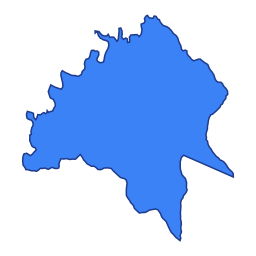 Vicentinópolis, Goiás, Brazil
{"feature_id": "56859067B52172624703615", "entity_name": "Vicentinópolis", "entity_type": "district", "adm_level": 2, "iso_a3": "BRA", "parent_name": "Brazil", "parent_adm1": "Goiás", "projection": "equal_earth", "projection_center": [-49.894, -17.738], "detail": "fine", "context": "isolated", "style": "filled", "palette": "blue", "viewbox_px": 256, "rotation_deg": 0, "n_neighbors": 0, "source": "geoboundaries", "source_scale": "gbopen_adm2", "svg_char_len": 3900}
<svg xmlns="http://www.w3.org/2000/svg" viewBox="0 0 256 256"><path d="M108.2,34.3L106.8,35.9L104.6,36.0L102.3,35.3L100.4,33.4L98.9,31.5L97.3,31.3L98.3,35.4L100.4,38.2L101.9,38.9L103.3,39.8L106.5,40.7L108.3,41.9L108.7,44.0L108.7,46.1L107.8,48.9L106.4,51.4L105.4,53.6L104.7,56.1L104.2,58.9L103.6,61.9L101.8,62.5L100.3,62.8L97.7,61.4L96.7,59.5L97.6,57.4L98.8,55.1L98.7,52.2L97.2,51.0L95.2,51.2L93.7,50.2L91.4,50.5L90.4,53.5L89.9,56.1L88.6,58.7L86.2,59.1L84.9,61.3L84.4,64.1L85.0,66.1L84.8,68.9L82.3,71.4L81.3,74.5L78.3,76.4L75.1,75.5L72.7,75.5L70.8,75.0L68.0,73.6L65.9,72.8L62.3,70.7L61.1,72.7L60.9,75.4L61.6,78.5L62.3,81.4L62.9,84.2L62.8,86.9L61.4,89.2L58.6,88.4L55.4,87.3L53.7,86.5L50.8,84.9L49.7,87.7L48.3,91.5L49.2,94.7L50.3,97.9L53.3,99.4L54.9,102.6L55.4,105.7L53.7,108.5L52.6,111.1L51.0,111.4L48.6,112.3L47.2,110.6L46.9,112.8L45.5,113.6L43.9,112.6L42.4,113.3L40.5,114.8L37.8,114.6L36.9,117.7L35.8,119.7L33.8,117.5L33.4,113.3L31.4,112.5L27.4,111.4L26.5,114.1L26.6,116.4L27.1,118.3L29.0,119.5L31.0,120.0L32.7,121.7L33.2,125.0L31.8,127.8L31.0,131.2L31.2,134.4L29.7,135.1L29.9,137.4L29.7,140.4L30.9,143.6L31.9,146.0L33.6,147.4L35.3,147.7L36.2,149.9L34.2,152.0L32.2,154.3L30.3,155.7L28.8,154.6L26.7,153.3L24.1,153.8L23.2,155.7L22.7,159.0L22.7,161.7L23.2,165.3L25.1,167.7L25.8,169.6L28.0,169.7L29.8,170.3L31.3,170.8L33.9,170.7L36.5,171.3L38.4,170.2L40.4,168.3L42.4,168.5L44.8,168.0L46.5,168.7L48.3,169.3L50.7,168.0L52.3,167.4L54.5,168.4L57.1,168.5L58.7,168.0L59.2,166.1L59.0,164.1L59.6,161.7L61.0,158.8L63.8,159.0L66.4,158.6L70.2,159.5L72.1,159.1L75.5,159.2L80.2,154.5L82.0,156.8L83.8,160.1L85.1,161.3L87.1,163.8L89.3,165.0L91.5,166.3L94.0,166.2L96.1,167.6L97.9,169.5L101.2,169.6L104.2,168.0L107.4,167.9L109.4,168.1L111.3,168.5L113.4,171.0L120.4,177.5L124.3,178.6L126.1,179.8L127.1,183.1L126.4,188.3L126.3,191.6L126.4,195.5L127.9,198.2L129.5,200.3L130.6,202.5L133.3,205.3L134.5,208.5L136.9,210.8L139.3,213.0L142.6,212.5L144.5,212.5L146.5,211.9L149.3,210.1L155.4,209.0L157.9,209.8L160.4,213.4L161.6,216.6L162.9,218.5L164.2,219.6L166.2,221.6L168.5,226.9L169.8,229.7L171.4,232.5L173.2,234.2L175.6,237.1L180.0,240.6L180.8,238.3L180.1,235.4L181.5,231.9L180.9,229.2L180.8,226.9L181.3,224.6L181.2,221.8L180.5,219.0L180.6,215.8L180.4,213.3L180.9,206.1L180.6,203.2L181.4,199.7L182.9,198.1L183.2,196.1L186.0,192.6L187.1,190.0L186.4,187.6L186.6,182.6L185.4,178.5L182.0,174.8L180.5,169.7L180.2,166.6L180.3,161.4L181.4,157.4L183.7,155.3L201.2,162.9L233.3,177.0L233.2,173.6L232.0,171.8L230.3,170.3L228.4,168.3L225.7,164.0L223.7,161.8L221.9,160.6L220.1,160.1L218.5,157.9L216.5,156.6L212.7,152.0L211.1,149.1L209.4,147.0L208.1,144.5L207.5,141.2L206.1,139.5L206.5,137.4L205.9,134.8L206.5,131.9L207.4,129.2L207.5,126.1L208.0,123.5L208.4,120.5L209.2,117.5L210.9,114.7L212.7,114.1L214.3,112.6L216.1,111.1L218.2,109.0L220.0,107.1L220.8,105.0L222.5,103.9L223.5,101.3L225.8,98.5L226.0,96.0L227.7,94.5L227.5,91.1L226.2,88.9L224.7,87.2L223.5,86.0L222.5,83.7L220.9,82.3L217.5,82.0L216.2,80.7L215.2,79.2L213.9,75.0L212.0,71.9L210.3,70.0L209.0,67.6L208.0,64.9L206.6,63.7L204.7,62.7L201.9,60.5L200.1,59.0L198.2,59.2L196.4,59.9L193.6,60.8L191.2,59.1L190.1,57.4L188.2,55.5L187.0,53.6L186.9,50.9L185.1,50.1L183.0,50.8L181.6,49.5L180.8,45.7L179.9,44.0L178.6,41.0L177.9,38.4L176.6,36.1L174.9,34.6L173.5,33.6L171.1,30.3L168.8,28.0L166.7,26.6L165.2,26.1L163.5,25.7L161.7,23.9L160.1,21.8L159.4,19.7L157.6,19.0L156.1,16.4L154.2,16.0L152.9,18.3L151.1,18.1L149.2,17.8L147.5,15.4L145.8,16.2L144.4,18.7L145.1,21.0L144.3,22.8L141.1,24.2L141.3,26.7L142.0,29.6L141.3,33.9L139.2,36.6L137.1,34.6L133.4,34.8L130.9,35.0L129.4,37.2L129.7,39.3L129.6,42.2L127.6,42.5L127.3,38.9L125.7,38.0L123.5,39.4L121.6,37.1L122.2,34.5L122.0,31.0L120.8,28.0L118.9,28.4L119.1,30.9L118.8,34.0L118.2,39.6L116.9,41.3L115.9,39.8L113.8,37.2L111.9,37.0L109.9,37.4L108.2,34.3ZM97.3,31.3L95.1,30.9L95.2,33.1L97.3,31.3Z" fill="#3b82f6" stroke="#1e3a8a" stroke-width="1.5"/></svg>